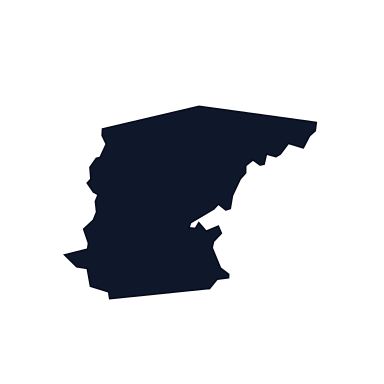 outline of Charlotte, Virginia, United States of America, rotated 245°
{"feature_id": "52423323B81085742226913", "entity_name": "Charlotte", "entity_type": "district", "adm_level": 2, "iso_a3": "USA", "parent_name": "United States of America", "parent_adm1": "Virginia", "projection": "mercator", "projection_center": [-78.693, 36.973], "detail": "fine", "context": "isolated", "style": "filled", "palette": "ink", "viewbox_px": 384, "rotation_deg": 245, "n_neighbors": 0, "source": "geoboundaries", "source_scale": "gbopen_adm2", "svg_char_len": 853}
<svg xmlns="http://www.w3.org/2000/svg" viewBox="0 0 384 384"><g transform="rotate(245 192 192)"><path d="M202.5,334.1L266.7,234.6L287.0,137.5L281.2,134.4L271.7,134.5L262.2,123.3L263.0,119.5L257.5,109.9L246.5,105.8L244.4,100.8L233.6,102.6L229.3,105.8L224.4,100.5L214.1,97.0L208.2,90.6L204.2,78.1L189.3,76.5L184.4,73.2L188.9,49.9L172.9,55.9L167.0,64.7L149.5,60.1L136.7,74.2L130.1,72.3L98.0,164.7L97.0,167.0L102.3,177.9L98.8,188.9L101.9,190.5L111.1,185.7L132.9,186.7L138.0,190.6L142.2,201.2L150.0,201.5L150.5,188.3L161.4,185.2L157.6,179.7L160.8,174.1L164.7,177.7L167.4,204.7L169.9,210.8L161.4,215.0L160.8,219.7L171.7,227.2L183.4,241.3L186.6,248.7L193.1,251.8L195.3,260.8L187.6,265.1L186.7,269.1L194.9,275.5L188.5,283.0L189.0,288.1L195.3,299.9L184.9,311.5L193.2,322.3L195.4,329.6L202.5,334.1Z" fill="#0f172a" stroke="#020617" stroke-width="1.5"/></g></svg>